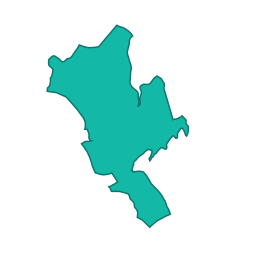 the district of Monchy/Lafeuille, Gros Islet, Saint Lucia, rotated 243°
{"feature_id": "8701671B46064896130461", "entity_name": "Monchy/Lafeuille", "entity_type": "district", "adm_level": 2, "iso_a3": "LCA", "parent_name": "Saint Lucia", "parent_adm1": "Gros Islet", "projection": "mercator", "projection_center": [-60.941, 14.059], "detail": "fine", "context": "isolated", "style": "filled", "palette": "teal", "viewbox_px": 256, "rotation_deg": 243, "n_neighbors": 0, "source": "geoboundaries", "source_scale": "gbopen_adm2", "svg_char_len": 5852}
<svg xmlns="http://www.w3.org/2000/svg" viewBox="0 0 256 256"><g transform="rotate(243 128 128)"><path d="M84.4,84.2L82.2,84.9L81.0,84.6L79.2,84.5L78.8,84.9L77.4,87.8L75.3,91.7L72.2,95.2L69.8,97.8L68.1,98.5L65.5,98.1L64.1,97.7L61.9,98.4L59.5,99.3L57.6,99.1L54.5,97.9L52.4,98.4L50.8,98.7L49.1,98.4L47.9,98.1L44.5,96.0L44.1,95.7L39.7,98.9L29.7,102.3L29.9,102.6L32.1,111.5L32.3,120.9L32.0,126.6L35.7,127.1L37.9,127.2L40.4,127.0L43.1,127.5L46.0,127.8L49.0,127.5L50.6,127.6L52.1,127.5L54.8,127.1L58.0,126.4L61.8,125.3L64.5,124.4L68.0,123.4L71.5,123.3L75.0,123.0L77.6,122.8L81.7,121.8L83.1,120.2L84.5,118.3L85.3,116.1L86.2,113.4L86.7,112.5L87.6,112.8L88.5,112.1L88.9,111.9L89.0,112.1L89.7,113.5L91.1,114.4L92.0,115.5L92.9,116.5L94.1,117.0L94.8,117.4L95.2,118.1L95.7,120.3L96.7,122.5L97.5,124.8L98.0,127.3L98.0,128.9L98.5,130.6L99.1,132.2L99.7,134.7L99.5,136.7L97.1,139.1L95.0,137.9L92.6,135.4L91.1,132.9L88.9,132.6L89.3,133.6L90.5,135.3L90.6,135.5L91.1,137.0L91.4,137.8L91.6,138.2L92.0,138.7L92.4,139.3L92.6,139.9L92.6,140.7L92.6,141.5L93.0,142.3L93.5,143.1L94.1,144.4L94.5,145.3L95.2,147.7L95.2,148.2L95.1,148.8L94.7,149.6L94.3,150.1L93.5,150.6L92.9,151.0L92.4,151.3L92.1,151.7L92.0,152.2L92.1,152.8L92.3,153.1L92.6,153.5L93.2,153.8L93.6,154.0L93.9,154.1L94.6,154.4L95.1,154.5L95.7,154.8L96.1,155.2L96.6,155.8L98.8,159.9L99.2,160.7L99.6,161.3L99.8,162.0L100.1,163.0L100.3,163.7L100.4,164.3L100.4,164.9L100.1,165.2L99.3,165.4L98.5,165.5L97.6,165.7L97.3,165.8L97.0,166.1L96.9,166.3L96.8,166.7L97.1,167.7L97.5,168.0L97.9,168.2L98.2,168.4L98.8,168.7L99.4,169.0L100.1,169.4L100.6,169.7L101.2,170.3L101.7,171.1L101.9,171.7L102.1,172.1L102.5,172.9L103.1,173.9L103.5,174.4L103.6,174.8L103.6,175.1L103.5,175.5L103.1,175.9L102.7,176.2L102.1,176.5L100.9,176.6L99.9,176.7L98.3,176.5L97.4,176.3L96.6,176.3L95.7,176.2L95.2,176.2L94.2,176.6L94.7,177.2L95.3,177.9L95.8,178.5L96.5,179.1L97.3,179.8L98.0,180.2L99.0,180.8L99.5,181.1L100.5,181.6L101.3,182.1L102.1,182.3L103.1,182.3L104.1,182.0L104.8,181.8L105.8,181.7L106.9,182.2L107.5,182.7L108.1,183.1L108.6,183.3L109.4,183.2L114.4,181.6L113.9,180.4L113.9,179.1L113.9,177.8L113.9,176.8L114.0,175.9L114.2,174.9L114.5,174.0L114.8,173.2L115.0,171.9L147.8,178.1L148.4,179.2L151.5,180.5L157.1,179.9L161.2,177.4L160.9,175.5L160.6,174.2L160.4,173.6L160.3,173.2L160.1,172.8L159.7,172.1L159.5,171.7L159.1,170.9L158.1,169.0L157.7,168.1L157.7,167.9L157.6,167.1L157.6,166.0L157.8,165.4L158.7,163.8L159.2,163.0L159.7,162.1L159.9,161.2L160.0,160.2L159.9,159.4L159.7,158.4L159.4,157.7L158.8,157.1L157.9,156.8L156.9,156.6L156.1,156.7L155.5,156.6L155.1,156.5L154.3,156.3L154.2,156.2L153.8,156.1L153.2,155.8L152.4,155.2L151.8,154.7L151.5,154.3L151.0,153.8L150.8,153.4L150.5,153.1L149.9,152.5L149.1,152.0L148.2,151.6L147.8,151.5L146.5,151.1L144.9,150.3L144.1,149.9L143.6,149.4L143.1,148.7L142.9,147.8L142.9,147.5L142.9,147.0L143.5,147.4L144.0,147.8L144.1,148.0L144.3,148.2L144.5,148.3L144.7,148.5L145.0,148.7L146.1,149.4L146.3,149.5L147.1,149.8L147.7,150.0L147.9,150.1L148.6,150.3L148.8,150.4L149.0,150.5L149.8,150.7L150.8,151.1L151.1,151.2L151.6,151.5L152.0,151.7L153.7,152.4L154.3,152.7L154.5,152.8L155.2,152.9L155.4,152.9L155.6,152.9L156.0,152.9L156.8,152.6L157.2,152.5L158.3,152.0L158.8,151.8L160.0,151.3L161.6,150.6L161.8,150.5L162.3,150.4L162.5,150.3L163.4,150.1L163.7,150.1L164.3,150.0L165.4,150.0L165.6,150.0L166.2,150.0L167.0,150.3L167.3,150.4L168.5,150.9L168.8,151.0L169.0,151.2L169.6,151.5L170.1,151.9L171.2,152.6L171.7,152.8L172.4,153.3L173.6,154.0L175.6,155.1L176.2,155.5L177.1,156.0L177.5,156.4L178.7,157.5L179.7,158.0L180.0,158.2L180.4,158.3L183.4,159.3L183.8,159.4L186.2,159.6L186.9,159.7L189.1,160.1L190.6,160.5L191.2,160.6L192.7,160.8L194.5,161.2L195.4,161.4L196.2,161.9L197.2,162.8L199.4,164.7L201.9,166.9L203.1,167.8L204.1,168.2L205.7,169.5L206.4,170.1L207.0,170.8L207.2,171.3L207.7,173.4L207.8,173.6L207.9,173.9L208.8,173.7L209.9,173.6L211.0,173.5L212.0,173.2L213.2,172.7L214.5,172.3L215.2,171.9L216.4,171.2L217.5,170.6L218.7,169.8L219.8,169.1L220.8,168.0L221.6,167.1L222.4,166.3L223.6,165.4L224.6,164.7L213.7,138.7L213.8,138.4L214.0,138.0L214.3,136.8L214.6,135.9L215.0,134.8L215.3,134.0L217.1,130.1L217.7,129.0L218.8,127.6L219.4,126.9L220.0,126.3L220.8,125.4L221.0,125.2L222.5,123.8L223.6,122.8L224.1,122.3L224.0,122.2L223.2,120.9L222.7,120.4L221.8,118.8L220.7,116.7L220.2,115.6L219.9,115.1L219.5,114.4L219.1,113.8L218.9,113.2L218.5,112.6L218.1,111.9L217.9,111.5L217.4,110.6L217.0,109.8L216.8,109.0L216.8,108.6L216.7,108.4L216.7,107.9L216.7,107.5L216.7,107.4L216.7,107.0L216.9,106.5L217.1,106.3L217.3,105.9L217.4,105.4L217.2,104.6L216.9,103.9L216.7,103.1L216.4,101.9L216.3,100.8L216.4,100.4L216.5,100.1L216.7,99.9L217.1,99.4L218.0,98.9L220.5,98.0L221.2,97.7L223.4,96.5L224.5,95.9L225.4,95.3L225.8,94.8L226.3,93.8L226.1,92.6L225.8,91.4L225.5,90.5L225.3,89.3L224.8,88.4L223.7,87.7L222.4,87.0L221.0,86.3L219.4,86.0L214.8,87.8L214.4,87.8L212.4,86.5L210.9,85.4L209.2,83.9L208.6,83.1L207.8,81.8L207.6,81.4L206.1,80.8L205.0,80.2L203.9,79.4L202.8,78.7L201.3,77.4L200.8,76.2L200.3,74.6L199.4,73.9L198.8,73.5L197.3,72.7L192.0,80.3L183.6,87.1L168.3,91.0L157.0,92.9L152.4,92.5L150.3,91.5L148.6,90.6L147.5,89.8L146.5,88.9L145.8,90.4L145.0,91.0L143.3,90.9L141.9,90.7L140.5,90.5L139.8,90.2L139.0,89.8L137.9,89.2L137.2,88.8L136.0,88.5L135.0,88.5L133.6,89.1L133.5,89.3L133.3,89.5L133.6,87.6L134.1,86.4L134.8,85.1L135.3,84.1L135.4,83.5L135.2,81.6L135.0,80.3L135.2,79.6L135.1,79.4L133.6,79.6L130.8,80.2L126.8,80.6L124.5,80.8L120.2,80.6L116.3,80.2L112.2,79.4L109.8,78.9L107.6,78.8L105.0,78.6L102.8,78.6L102.4,79.1L102.3,79.4L101.6,79.9L101.2,80.4L100.0,81.4L99.5,82.0L98.1,83.9L97.4,85.0L97.3,85.3L97.0,86.0L96.6,87.1L96.1,88.5L95.7,90.1L95.6,90.4L95.5,90.9L95.4,91.7L95.2,92.7L95.2,93.0L95.3,93.2L84.6,94.3L84.5,92.7L84.3,91.1L84.1,86.3L84.2,85.8L84.3,84.9L84.4,84.6L84.4,84.2Z" fill="#14b8a6" stroke="#0f766e" stroke-width="1.5"/></g></svg>